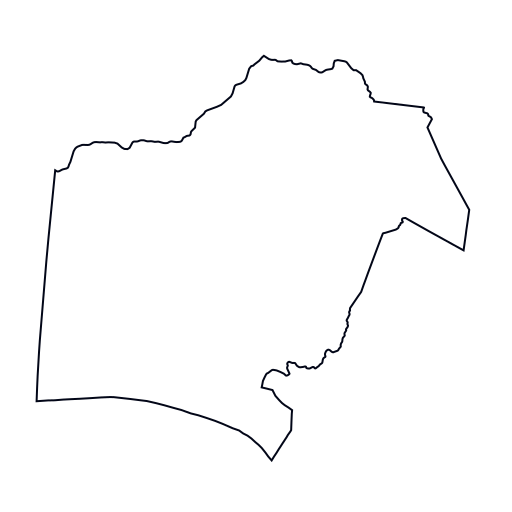 the State of Wisconsin, rotated 95°
{"feature_id": "USA-3553", "entity_name": "Wisconsin", "entity_type": "State", "adm_level": 1, "iso_a3": "USA", "parent_name": "United States of America", "parent_adm1": "", "projection": "albers", "projection_center": [-89.863, 44.9], "detail": "fine", "context": "isolated", "style": "outline", "palette": "ink", "viewbox_px": 512, "rotation_deg": 95, "n_neighbors": 0, "source": "natural_earth", "source_scale": "10m", "svg_char_len": 6030}
<svg xmlns="http://www.w3.org/2000/svg" viewBox="0 0 512 512"><g transform="rotate(95 256 256)"><path d="M426.4,205.8L427.7,206.4L431.6,208.7L434.0,209.8L436.0,210.9L438.1,212.0L440.1,213.1L444.1,215.2L446.1,216.3L448.1,217.3L450.3,218.4L452.3,219.5L454.1,220.5L456.1,221.5L458.3,222.6L454.6,226.4L451.1,229.4L446.7,233.6L443.8,237.1L441.6,240.3L438.2,244.7L435.7,248.8L433.9,253.3L431.3,257.6L429.6,264.3L426.0,275.0L423.8,282.4L421.7,290.9L419.7,299.6L418.5,307.2L415.9,317.0L414.4,325.4L412.7,334.3L411.3,342.7L410.0,352.1L409.8,358.2L409.4,368.8L409.2,377.4L409.0,385.6L409.3,389.6L410.4,398.0L412.0,408.3L413.6,419.2L414.7,427.4L415.8,435.3L417.3,444.1L418.0,450.6L419.8,461.9L405.8,462.6L394.2,463.1L369.8,463.8L358.5,464.0L279.1,464.4L256.4,464.3L188.1,463.5L189.0,461.7L189.1,460.7L188.6,459.3L187.0,456.9L186.5,455.9L185.3,452.3L184.3,451.0L182.8,450.5L181.3,450.2L178.4,449.1L167.6,446.8L164.8,445.5L163.4,444.3L162.6,443.2L160.5,438.9L160.3,437.3L160.1,433.6L159.8,432.0L159.2,430.8L157.4,428.5L156.7,427.0L156.4,425.1L156.4,421.1L156.1,420.1L156.0,419.0L156.1,415.9L155.6,412.9L155.4,406.8L156.1,403.8L159.6,399.2L160.8,396.5L160.7,393.3L159.2,391.3L153.8,389.0L153.1,388.4L152.6,387.5L152.4,385.1L152.2,384.1L151.9,383.3L151.0,381.5L150.7,380.5L150.6,379.5L150.5,378.4L150.6,377.3L151.1,375.2L151.2,374.1L151.1,373.0L150.8,370.7L150.8,369.6L151.1,366.8L151.0,365.9L150.6,363.6L150.6,362.8L151.5,358.1L151.5,356.5L151.3,354.8L151.1,354.0L150.7,353.3L149.9,352.3L149.6,351.7L149.3,350.9L149.2,350.2L149.2,349.4L149.4,346.9L149.4,344.9L149.1,342.8L148.9,341.8L148.5,340.9L147.9,340.2L147.0,339.7L144.4,338.6L143.9,337.5L142.5,335.6L142.1,334.3L142.0,333.7L141.9,333.1L141.6,332.6L141.2,332.2L140.5,331.8L138.2,331.6L137.7,331.4L137.2,331.1L133.7,328.1L133.4,327.9L127.4,327.8L126.6,327.5L125.8,327.1L118.8,320.3L116.4,319.1L115.2,317.4L110.8,308.0L108.5,303.9L99.3,294.9L96.0,293.5L88.9,292.1L88.0,291.6L87.4,290.9L86.9,289.9L85.4,286.1L83.7,283.8L81.7,282.0L79.5,281.1L70.0,279.1L67.4,277.4L67.1,276.8L66.8,276.0L66.5,275.2L65.4,274.4L61.2,269.8L57.5,267.2L55.9,265.6L58.7,260.3L59.2,258.0L59.2,256.9L58.9,254.1L59.1,253.2L60.0,251.8L60.2,251.2L60.1,247.5L59.7,243.8L58.3,239.9L58.0,237.9L58.9,237.1L60.2,236.7L61.0,235.5L61.4,233.8L61.4,231.9L60.4,228.9L60.2,228.5L60.3,227.5L60.8,225.7L61.0,221.8L61.3,220.2L61.9,218.8L62.7,217.8L63.7,217.0L64.5,216.0L64.9,214.5L65.4,212.5L67.3,209.6L67.6,208.0L67.4,206.4L66.5,205.0L65.5,203.8L64.5,202.3L64.1,201.0L63.3,197.7L62.7,196.3L60.3,195.3L57.3,195.3L54.7,194.6L53.7,191.5L54.3,184.9L54.6,183.5L55.2,182.4L60.6,177.5L62.4,175.0L62.2,172.4L64.8,167.8L66.6,165.7L68.5,164.9L69.6,164.6L72.9,162.7L74.5,162.5L75.0,162.2L75.3,161.9L76.0,160.7L76.1,160.4L76.3,160.2L76.7,159.9L77.2,159.5L77.8,159.3L80.3,159.4L81.2,158.9L82.6,156.7L83.5,155.9L84.6,156.0L86.1,156.4L87.4,156.5L88.0,155.8L88.3,154.6L89.0,153.5L89.9,152.5L90.6,152.0L91.8,151.8L91.9,148.9L93.4,101.8L93.5,101.6L93.8,101.6L94.6,102.0L95.7,102.1L96.7,102.0L97.6,101.8L97.9,101.6L98.1,101.4L98.3,101.1L98.4,100.8L98.8,98.6L98.9,98.0L99.1,97.6L99.4,97.2L99.7,97.0L100.0,96.8L101.0,96.6L101.3,96.4L101.5,96.0L102.1,94.6L102.6,93.8L103.6,93.1L104.4,92.7L113.0,96.4L142.8,80.1L148.9,76.1L179.3,55.7L185.3,51.7L191.4,47.6L201.6,48.1L211.8,48.7L217.0,48.9L232.3,49.7L227.4,60.8L215.8,86.9L209.1,101.7L207.4,105.4L205.1,110.4L205.4,112.1L205.7,113.0L205.9,113.3L206.3,113.6L207.0,113.7L207.5,113.7L208.0,113.5L209.0,112.8L209.4,112.8L209.8,113.0L210.4,114.3L210.7,114.7L211.9,114.9L212.5,115.1L213.0,115.7L213.5,116.1L214.2,116.4L214.8,116.4L215.4,116.6L216.0,117.0L216.7,117.9L217.5,119.0L221.6,129.1L222.1,130.8L222.3,131.3L222.6,131.6L224.3,132.1L229.5,133.6L237.3,135.8L262.6,142.8L271.6,145.2L275.2,146.2L282.6,148.1L287.4,150.9L299.6,157.7L300.4,157.8L300.9,157.8L301.8,157.6L302.2,157.6L302.6,157.8L303.0,158.2L303.7,158.3L304.2,158.3L305.4,157.8L305.9,157.7L306.4,157.8L307.1,158.0L308.0,158.5L309.3,158.9L311.4,159.9L312.1,160.1L312.6,160.0L313.9,159.0L314.3,158.9L314.8,158.9L315.2,159.0L315.7,159.0L316.1,158.9L316.8,158.5L317.2,158.3L317.7,158.3L318.2,158.4L318.8,158.6L319.4,158.9L320.5,159.7L321.1,159.9L321.6,159.9L321.9,159.7L322.4,159.7L322.8,159.9L324.9,161.0L325.5,161.1L326.0,161.1L327.3,160.7L327.8,160.8L328.3,161.1L329.9,162.3L330.3,162.4L331.3,162.6L333.4,162.6L333.9,162.7L334.4,162.9L335.4,163.5L336.5,163.8L337.0,163.9L337.5,163.9L338.4,163.7L338.9,163.7L339.3,163.9L340.9,165.1L341.3,165.3L342.2,165.7L342.8,166.0L343.3,166.6L344.9,170.1L345.2,170.7L345.1,171.5L344.9,172.0L344.7,172.4L343.4,174.2L343.2,174.7L343.1,175.1L343.0,175.7L343.2,176.3L343.8,177.1L344.3,177.6L345.2,178.1L346.1,178.4L347.1,178.7L347.7,178.7L348.6,178.6L349.8,178.1L350.2,178.1L350.5,178.2L350.6,178.4L351.4,179.3L351.6,179.6L352.0,179.9L352.4,180.1L353.4,180.4L356.0,180.6L356.5,180.7L356.9,180.9L357.2,181.2L357.5,181.5L358.2,182.5L358.5,182.8L360.0,183.8L360.6,184.4L361.4,185.4L362.3,186.3L362.7,186.8L362.8,187.0L362.8,187.3L362.6,187.8L362.3,188.1L361.7,188.7L361.6,189.1L361.6,189.8L362.1,190.7L363.2,192.4L363.4,192.9L363.5,193.5L363.5,194.7L363.4,195.4L363.2,195.9L362.9,196.2L362.5,196.4L362.1,196.5L361.8,196.9L361.8,197.7L362.4,199.4L363.0,202.1L363.0,202.7L363.0,203.0L362.9,203.5L362.5,204.3L362.1,205.1L361.8,205.5L361.6,205.8L359.6,207.4L359.3,207.7L359.2,208.3L359.2,209.0L359.4,210.0L359.3,210.8L359.2,211.3L358.6,213.2L358.5,213.7L358.7,214.3L359.1,214.8L360.0,215.4L360.6,215.5L361.1,215.4L361.8,215.0L362.2,214.8L362.6,214.8L364.0,215.2L364.6,215.3L365.0,215.2L365.5,215.1L369.9,212.6L370.2,212.4L370.7,212.5L371.0,212.8L371.4,213.2L372.0,214.0L372.4,214.8L372.5,215.2L372.5,215.7L372.2,216.2L371.3,217.3L370.8,218.0L369.4,221.6L368.3,225.1L368.1,226.2L367.9,228.9L368.0,229.6L368.4,230.4L369.4,231.5L370.8,233.0L371.5,233.8L371.8,234.4L372.0,234.8L373.0,235.6L376.5,237.0L379.9,238.2L383.2,238.5L386.4,238.9L387.1,234.2L388.1,227.9L393.6,224.5L397.6,220.3L400.2,217.3L402.1,214.4L404.1,210.5L406.4,206.6L410.0,206.6L416.7,206.3L426.4,205.8Z" fill="none" stroke="#020617" stroke-width="2"/></g></svg>